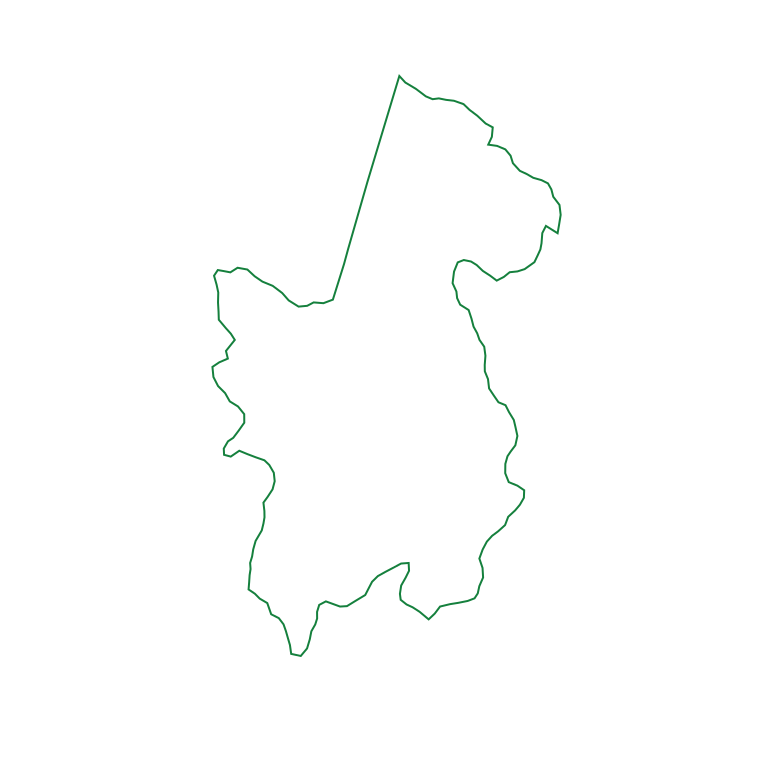 Alvarenga, Minas Gerais, Brazil, rotated 307°
{"feature_id": "56859067B30296109157485", "entity_name": "Alvarenga", "entity_type": "district", "adm_level": 2, "iso_a3": "BRA", "parent_name": "Brazil", "parent_adm1": "Minas Gerais", "projection": "robinson", "projection_center": [-41.705, -19.42], "detail": "fine", "context": "isolated", "style": "outline", "palette": "green", "viewbox_px": 768, "rotation_deg": 307, "n_neighbors": 0, "source": "geoboundaries", "source_scale": "gbopen_adm2", "svg_char_len": 2638}
<svg xmlns="http://www.w3.org/2000/svg" viewBox="0 0 768 768"><g transform="rotate(307 384 384)"><path d="M608.9,431.9L616.7,427.9L625.4,423.3L632.6,416.4L635.4,406.5L640.1,400.6L642.9,394.2L641.6,387.1L638.5,379.1L637.6,371.7L636.0,364.2L637.9,354.1L642.5,347.7L644.4,339.7L642.2,331.0L637.9,323.2L646.3,321.4L654.4,316.4L653.2,308.4L654.4,297.0L654.4,287.3L655.4,279.1L652.3,269.4L648.3,262.6L645.1,255.9L640.7,251.4L638.9,244.3L638.9,231.9L637.6,219.6L639.2,210.9L535.8,249.0L470.0,274.2L455.7,279.9L420.6,292.4L412.1,287.0L406.8,278.7L400.2,275.6L394.4,269.2L393.4,257.6L395.4,247.9L395.4,236.0L392.6,225.3L392.2,215.9L393.2,206.0L388.7,197.1L380.7,194.1L377.9,188.4L375.0,182.7L368.2,183.1L362.6,190.5L357.3,196.6L349.2,202.4L342.0,208.5L335.9,213.4L333.4,224.2L332.0,231.4L329.4,238.3L322.1,238.1L315.3,237.9L310.3,244.0L302.2,239.4L294.4,236.7L286.9,243.6L282.5,252.7L281.1,262.6L277.3,271.3L278.2,280.9L275.8,290.5L269.0,295.7L259.0,296.0L250.3,296.0L244.3,293.9L236.0,294.9L231.2,298.9L233.8,305.3L243.6,308.6L245.8,317.1L248.3,325.7L251.1,334.4L250.3,341.1L246.8,349.4L240.6,355.2L232.8,358.4L223.7,359.0L216.7,359.1L210.6,364.9L205.6,368.8L200.0,371.7L193.5,374.5L181.4,375.9L173.2,379.1L166.8,382.5L160.5,384.8L155.9,388.8L150.5,391.7L144.4,395.7L138.4,399.5L138.8,407.1L137.8,413.9L138.8,422.6L132.2,432.5L133.7,440.9L131.6,448.4L127.6,454.4L123.3,460.1L118.9,466.0L112.6,472.3L116.7,481.2L126.5,481.7L135.4,478.4L142.8,474.8L150.6,473.8L156.5,471.7L161.7,467.7L168.6,465.2L175.4,468.4L177.6,475.6L179.8,482.8L184.3,488.1L193.5,491.7L204.2,496.0L211.7,494.7L218.9,493.5L226.9,494.7L234.6,498.1L241.8,501.5L250.9,505.7L255.9,511.4L249.9,516.4L242.5,517.8L233.4,519.0L226.0,523.0L221.7,527.2L221.5,534.7L222.9,541.2L223.5,549.6L222.9,561.3L231.2,562.7L240.0,562.7L248.0,569.3L253.9,575.0L261.1,581.4L267.3,585.3L273.2,584.9L279.9,581.8L289.1,579.6L296.4,573.4L302.0,565.2L311.2,562.4L320.0,561.0L327.8,561.7L335.0,563.8L344.2,565.6L352.7,563.1L362.0,564.8L369.4,565.2L377.3,564.2L383.5,559.9L383.1,551.7L380.7,542.7L385.7,534.5L393.2,529.0L400.6,526.1L406.3,525.8L414.1,525.8L422.8,521.8L429.0,514.6L433.4,509.3L436.8,500.7L440.2,493.8L438.3,486.4L440.8,478.9L443.7,470.6L450.5,464.1L454.8,456.9L459.8,453.0L467.6,448.0L474.1,441.6L476.7,433.7L480.6,427.9L483.7,421.0L488.8,414.6L494.0,407.1L493.2,397.1L496.6,390.7L501.4,386.2L505.8,378.1L515.9,372.3L525.5,369.7L531.0,373.1L534.2,379.8L534.8,386.4L533.8,394.9L534.4,403.6L534.4,411.8L541.7,415.3L548.9,417.1L554.2,422.8L560.4,427.2L571.8,430.8L579.3,429.3L585.6,427.9L591.2,425.1L599.8,419.6L607.7,418.2L608.9,431.9Z" fill="none" stroke="#15803d" stroke-width="2"/></g></svg>